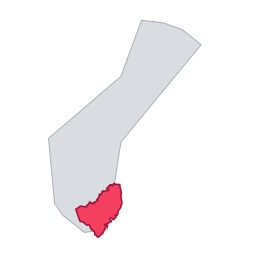 location of Inarajan, Guam, rotated 355°
{"feature_id": "77769853B63444042999452", "entity_name": "Inarajan", "entity_type": "district", "adm_level": 2, "iso_a3": "GUM", "parent_name": "Guam", "parent_adm1": "", "projection": "mercator", "projection_center": [144.738, 13.293], "detail": "fine", "context": "in_parent", "style": "filled", "palette": "rose", "viewbox_px": 256, "rotation_deg": 355, "n_neighbors": 0, "source": "geoboundaries", "source_scale": "gbopen_adm2", "svg_char_len": 2066}
<svg xmlns="http://www.w3.org/2000/svg" viewBox="0 0 256 256"><g transform="rotate(355 128 128)"><path d="M98.7,227.2L75.5,228.2L55.3,209.2L48.3,196.5L47.9,131.4L125.4,76.0L150.9,21.9L172.2,26.3L191.0,35.1L208.1,51.4L119.7,141.4L98.7,227.2Z" fill="#d9dde1" stroke="#a8b0b8" stroke-width="1"/><path d="M68.9,204.4L71.8,216.1L72.5,217.1L73.5,216.9L74.2,217.5L75.3,217.7L75.7,218.5L76.5,218.6L76.8,219.7L78.8,221.4L80.0,221.0L80.9,221.1L81.6,222.4L81.5,223.5L82.0,224.2L82.5,225.6L82.9,225.5L83.3,226.5L84.3,226.9L84.4,227.6L85.2,227.9L85.9,229.7L85.5,231.3L86.2,231.8L86.5,231.9L87.3,232.5L87.4,233.1L88.4,234.1L90.0,233.8L90.7,232.5L92.5,231.7L92.9,230.9L93.6,230.8L93.9,230.5L94.2,229.7L94.8,229.1L95.1,228.0L96.2,226.6L96.6,225.3L96.8,225.0L97.1,224.9L98.3,224.9L98.9,224.4L99.0,223.8L98.8,223.3L98.4,223.1L96.7,222.8L96.3,222.6L96.4,222.1L96.9,221.8L97.3,221.8L99.4,221.5L100.7,220.6L102.8,220.0L103.3,219.6L103.3,219.0L101.8,217.4L101.9,216.3L102.5,215.9L103.2,216.0L103.8,216.3L105.1,217.9L105.7,218.0L108.2,215.8L108.3,215.1L107.6,214.1L107.7,213.7L108.2,213.5L108.9,214.0L109.5,213.9L110.4,212.9L110.6,211.5L110.7,211.1L111.1,209.7L111.6,208.8L112.1,208.4L112.9,207.8L113.7,206.5L114.2,205.2L115.4,202.7L115.5,200.5L115.3,199.1L115.3,198.2L114.9,195.6L115.2,194.3L115.7,192.3L115.5,190.1L115.4,188.2L114.9,186.8L114.9,184.9L114.9,184.0L114.9,183.6L109.7,182.8L109.8,182.2L109.1,182.0L108.6,182.5L108.2,184.0L107.5,184.1L106.7,183.2L105.4,182.8L105.0,183.2L105.2,183.9L104.6,183.7L103.8,184.1L103.3,185.0L102.2,185.4L101.8,186.0L102.5,186.0L102.2,186.6L103.5,187.8L102.9,188.6L101.0,188.0L100.8,188.6L99.3,189.2L98.2,188.4L96.6,189.0L97.0,189.8L96.2,190.4L96.0,191.2L94.0,191.5L94.5,192.3L93.3,192.6L93.1,193.9L92.5,195.0L91.7,195.5L91.6,196.9L90.9,196.7L91.4,197.7L91.1,198.2L89.9,198.1L88.6,198.9L88.0,198.9L88.0,199.8L87.6,199.4L86.7,199.6L86.3,200.5L85.6,199.8L85.0,199.7L83.8,198.4L83.7,198.9L82.4,199.4L82.6,199.8L81.6,200.7L81.6,201.1L80.1,201.5L80.3,202.0L79.6,203.1L74.0,201.6L68.9,204.4Z" fill="#f43f5e" stroke="#9f1239" stroke-width="1.5"/></g></svg>